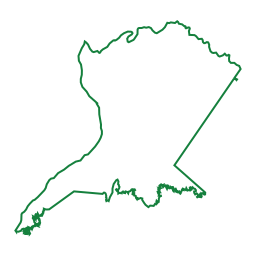 Barrancabermeja, Santander, Colombia
{"feature_id": "7082276B38592891469597", "entity_name": "Barrancabermeja", "entity_type": "district", "adm_level": 2, "iso_a3": "COL", "parent_name": "Colombia", "parent_adm1": "Santander", "projection": "robinson", "projection_center": [-73.914, 7.026], "detail": "fine", "context": "isolated", "style": "outline", "palette": "green", "viewbox_px": 256, "rotation_deg": 0, "n_neighbors": 0, "source": "geoboundaries", "source_scale": "gbopen_adm2", "svg_char_len": 5797}
<svg xmlns="http://www.w3.org/2000/svg" viewBox="0 0 256 256"><path d="M229.4,55.3L228.7,54.8L227.4,55.5L226.4,55.5L224.8,53.7L222.8,55.4L219.7,56.5L218.5,56.0L216.1,52.6L213.3,53.0L212.0,52.6L210.5,51.2L209.1,46.9L209.2,44.7L208.2,42.4L206.9,42.1L205.0,43.1L204.0,43.1L203.0,42.1L202.6,39.9L201.8,38.8L198.5,39.1L196.1,36.2L194.5,35.1L189.4,34.9L188.9,31.0L189.8,28.7L189.4,27.6L188.4,27.4L186.0,28.3L185.4,27.7L185.7,26.9L185.4,26.3L183.9,25.9L182.2,24.4L178.9,23.7L178.1,22.0L177.2,21.3L175.0,23.0L170.8,22.4L169.2,23.1L167.3,22.8L164.9,27.2L162.5,29.7L156.8,33.2L155.0,32.7L152.5,30.4L151.0,28.1L148.8,27.1L146.2,27.7L144.1,27.2L141.7,28.0L139.0,28.0L138.1,28.5L137.6,29.5L137.5,34.1L134.4,38.8L133.5,39.9L128.8,42.2L127.7,41.6L127.2,38.7L128.4,36.6L131.8,34.4L132.5,33.2L132.1,32.3L131.0,31.7L127.7,31.6L124.0,33.2L120.9,35.4L119.2,37.7L116.6,39.8L114.9,40.6L114.2,40.2L113.2,40.5L109.6,43.5L107.3,46.9L102.8,49.4L101.0,51.0L100.1,52.6L99.3,52.9L97.4,51.0L93.7,52.1L92.3,51.6L90.0,48.8L88.0,44.5L86.2,42.5L84.8,41.5L84.2,44.3L81.8,48.2L78.5,55.9L78.9,60.8L81.0,64.5L81.9,70.3L81.8,74.8L80.8,78.9L80.8,82.4L82.4,86.9L86.7,91.7L89.3,96.2L97.2,103.2L96.7,103.7L99.1,107.7L99.3,114.4L101.0,124.5L100.9,128.0L101.9,131.0L101.9,134.1L100.7,137.7L98.9,141.2L95.1,146.6L88.0,154.4L84.6,155.2L80.5,160.5L75.8,161.6L68.7,165.9L64.1,169.6L58.1,173.1L53.8,178.1L51.1,178.6L49.3,180.1L46.8,184.2L45.7,188.0L44.3,190.3L37.7,197.2L34.7,199.8L32.9,200.5L29.9,203.6L27.7,206.3L26.1,209.5L24.2,211.8L22.2,213.1L21.5,214.3L21.3,220.2L20.6,222.5L15.4,230.6L16.4,232.0L16.5,231.4L18.5,231.7L21.1,230.7L21.8,229.4L23.3,228.7L24.8,228.9L27.4,227.5L27.7,227.8L27.4,228.4L26.5,228.7L27.1,228.8L27.0,229.2L26.2,229.2L25.7,229.9L26.1,229.9L25.9,230.9L25.0,231.4L24.8,231.2L24.5,231.1L24.8,231.5L24.1,231.8L24.5,232.0L24.1,233.0L24.7,232.9L24.8,232.1L25.8,231.6L26.6,232.7L26.3,233.0L27.2,233.6L26.6,234.0L26.9,234.0L26.6,234.7L27.1,234.0L29.3,233.6L29.5,233.1L29.6,234.2L30.1,233.6L29.6,232.4L29.3,232.2L29.1,232.8L28.0,233.1L27.2,232.5L26.9,231.6L27.2,230.2L27.5,230.8L27.7,230.5L27.9,231.2L28.2,231.6L27.9,230.4L27.5,230.1L28.4,230.3L28.0,229.6L28.5,228.9L28.6,229.4L28.5,228.6L29.0,229.3L29.0,227.9L29.5,228.0L29.5,229.0L29.7,228.4L30.0,228.8L30.5,228.8L29.8,227.8L30.9,228.3L30.8,227.9L31.8,227.2L31.7,228.4L32.0,228.1L32.2,228.8L32.5,228.1L32.2,228.1L32.1,227.1L32.7,227.3L32.2,226.8L33.1,226.0L33.4,226.2L33.8,225.2L33.6,226.3L35.2,225.9L34.8,225.2L35.1,224.6L35.7,224.8L35.6,225.3L36.4,224.9L36.2,225.6L37.1,225.1L37.5,225.7L37.1,225.8L38.2,226.2L37.4,224.8L38.2,224.9L38.1,224.6L39.2,223.7L39.6,224.1L39.8,223.3L40.8,223.4L40.0,223.0L39.9,221.9L38.1,223.9L37.0,224.0L36.6,223.2L36.6,224.0L35.6,223.7L34.7,222.5L35.0,221.7L34.7,222.2L34.3,222.0L34.0,219.4L32.8,218.2L32.9,217.8L33.2,218.5L33.3,218.1L34.0,218.7L33.1,217.1L33.3,216.8L33.7,217.1L33.4,216.4L34.2,216.8L34.8,216.3L34.9,216.7L34.5,217.0L35.0,217.0L34.9,217.3L35.3,216.8L34.9,218.2L35.6,219.2L35.6,217.2L36.3,218.7L36.5,218.5L36.0,216.7L37.5,217.5L38.4,218.5L39.5,221.2L39.5,219.2L38.3,217.3L37.9,217.4L37.7,216.4L37.1,216.7L35.5,215.4L35.5,214.7L36.1,214.5L36.1,214.2L37.5,214.4L37.7,213.5L38.6,215.1L39.6,215.9L42.0,215.8L42.9,213.7L42.2,213.8L42.8,213.3L42.1,212.9L42.9,213.1L42.9,212.1L43.4,212.0L43.5,210.7L42.7,210.3L44.0,210.3L43.9,208.7L45.9,209.5L49.1,209.4L74.0,191.4L102.6,193.9L103.7,192.7L104.7,192.7L105.6,193.5L106.3,196.0L106.0,197.3L106.6,198.1L106.0,199.9L106.4,201.1L107.9,200.3L108.7,201.0L109.9,197.2L112.5,192.5L112.5,188.6L113.7,184.0L116.3,180.2L117.5,179.6L118.4,181.4L118.1,184.2L118.8,184.9L118.9,185.9L119.5,186.9L119.0,188.7L118.2,189.5L117.3,189.8L116.4,189.2L116.0,189.7L117.1,191.1L118.1,190.8L118.3,193.5L119.2,192.9L121.7,193.3L121.7,192.4L122.4,192.3L123.0,191.6L123.9,192.9L125.1,193.1L125.2,191.6L125.5,191.4L127.3,192.0L128.2,193.3L128.6,191.7L130.3,191.1L131.6,189.4L132.1,189.3L132.3,190.5L132.8,191.0L133.3,190.8L133.8,189.3L134.6,189.3L135.1,190.1L132.9,191.9L132.5,194.2L132.9,194.4L134.2,193.5L134.2,195.5L135.7,195.9L136.0,197.9L136.8,199.0L137.1,197.8L137.7,198.0L138.1,199.1L140.6,198.0L142.3,198.5L142.2,199.9L144.1,202.9L145.5,204.8L148.4,207.1L150.2,205.6L153.7,205.9L155.0,203.9L156.1,204.4L157.2,203.2L156.3,202.1L156.6,200.8L157.5,201.8L158.4,200.9L158.4,202.0L158.7,201.9L158.9,198.4L159.5,196.7L161.7,195.7L158.8,195.6L159.2,194.8L158.9,194.2L159.7,192.7L159.2,192.4L158.1,193.1L157.6,191.6L158.6,191.1L159.6,191.5L158.2,189.1L158.7,188.8L159.7,189.6L159.9,188.8L158.9,187.8L160.8,187.9L160.5,186.9L159.4,186.9L160.0,186.0L159.6,185.5L160.4,184.9L161.4,185.3L161.5,184.6L162.4,185.2L163.4,184.8L162.8,186.3L163.1,187.2L164.6,185.6L165.5,185.3L166.5,185.5L165.7,186.4L167.0,188.9L168.1,185.7L168.6,186.1L168.3,187.4L169.2,188.3L169.7,188.3L170.4,187.2L170.7,187.9L171.5,188.3L171.6,187.1L172.9,187.0L173.2,187.7L173.0,190.6L173.7,191.3L174.0,189.5L175.3,189.8L175.4,187.9L176.1,189.7L175.8,191.5L176.4,191.8L176.4,190.6L177.0,190.9L176.6,192.5L177.6,191.3L178.0,191.7L178.7,191.5L178.4,192.4L179.3,192.5L180.3,193.7L180.7,193.3L180.6,192.0L181.3,191.8L182.0,189.8L183.0,190.0L182.5,189.1L182.8,188.6L185.7,190.0L186.3,188.2L187.5,190.5L188.5,190.1L190.2,190.5L190.8,190.0L190.8,189.5L189.9,188.8L189.8,187.6L190.7,187.2L191.9,188.9L192.7,187.4L193.6,188.4L195.0,188.9L195.9,190.2L195.8,191.2L194.1,191.5L194.2,192.8L195.2,194.4L196.7,193.4L197.6,194.2L198.1,195.8L197.0,196.9L197.3,197.3L198.2,196.9L199.8,194.5L199.9,197.0L201.3,197.2L201.7,196.5L201.2,194.1L201.8,193.2L203.1,193.1L203.4,194.0L204.4,194.6L205.1,194.4L205.2,192.5L174.4,165.3L233.6,79.2L235.2,78.8L235.8,79.5L236.5,79.3L236.7,79.8L237.0,79.4L235.5,78.7L236.1,78.3L235.1,78.5L234.5,77.8L240.6,69.0L239.2,65.9L236.6,64.9L234.4,62.9L230.9,62.9L229.2,61.1L229.0,58.5L229.4,55.3Z" fill="none" stroke="#15803d" stroke-width="2"/></svg>